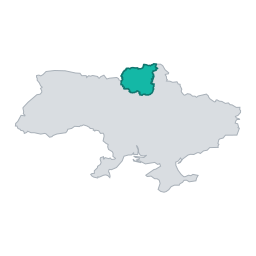 Ukraine, with Chernihiv highlighted
{"feature_id": "UKR-285", "entity_name": "Chernihiv", "entity_type": "Region", "adm_level": 1, "iso_a3": "UKR", "parent_name": "Ukraine", "parent_adm1": "", "projection": "equal_earth", "projection_center": [32.067, 51.356], "detail": "fine", "context": "in_parent", "style": "filled", "palette": "teal", "viewbox_px": 256, "rotation_deg": 0, "n_neighbors": 0, "source": "natural_earth", "source_scale": "10m", "svg_char_len": 7976}
<svg xmlns="http://www.w3.org/2000/svg" viewBox="0 0 256 256"><path d="M178.1,170.3L181.2,174.5L183.8,176.7L185.1,176.7L188.6,175.2L190.9,175.7L192.9,174.4L198.1,175.4L196.6,178.1L195.9,180.8L189.2,181.8L186.7,180.2L184.0,180.3L182.6,182.3L180.0,183.7L179.2,185.2L174.4,185.2L171.2,186.6L168.8,189.7L166.1,191.6L164.0,192.2L160.7,191.4L158.1,189.4L160.1,183.5L159.3,180.3L157.2,178.8L154.6,178.7L151.1,176.1L147.2,176.5L145.8,175.2L154.0,169.5L155.7,169.2L160.6,166.2L159.7,163.7L157.6,164.4L154.7,162.4L145.4,163.9L139.8,161.0L137.2,160.7L136.5,159.9L139.2,159.3L139.4,158.2L135.7,157.5L133.6,156.2L143.9,157.5L146.7,155.2L143.8,156.0L140.9,155.5L139.9,154.7L138.6,152.4L138.5,149.1L137.3,146.3L136.3,145.4L138.2,150.1L137.7,154.6L133.4,154.3L133.8,152.5L131.7,154.9L128.3,155.0L124.0,156.2L122.2,160.9L116.5,167.5L111.4,169.7L109.6,169.4L108.9,169.9L108.5,171.9L109.4,172.9L110.1,176.2L109.8,177.6L108.0,175.7L105.9,174.9L103.6,175.2L99.4,177.1L97.9,176.8L98.0,177.7L97.6,178.0L93.7,177.1L92.0,176.1L90.7,174.4L91.9,173.6L94.4,173.3L94.3,170.8L97.4,167.8L97.6,166.3L100.3,164.5L101.1,162.4L100.1,159.3L100.5,157.7L103.5,156.7L103.6,159.0L104.3,158.8L105.0,157.6L108.9,158.7L110.1,157.9L111.7,159.5L114.8,159.1L115.5,158.3L112.9,156.4L113.1,153.4L112.3,151.7L108.5,149.4L107.7,146.8L108.1,144.4L106.2,143.5L103.1,140.9L104.1,136.2L103.9,134.5L103.1,133.2L100.5,133.4L98.7,130.7L95.7,130.2L94.8,131.1L94.3,130.2L93.3,130.3L93.4,129.1L92.7,128.7L90.1,128.4L89.5,127.4L86.8,125.9L83.4,124.9L81.6,125.9L80.8,125.6L79.4,126.6L74.6,126.3L71.7,128.4L67.7,129.3L67.3,130.8L65.8,132.7L56.9,134.0L53.1,135.5L51.9,136.7L49.6,137.2L45.8,133.7L44.6,133.4L40.7,134.1L34.3,132.7L31.0,132.7L27.7,131.2L26.6,132.5L24.3,133.4L24.1,132.1L23.1,130.8L20.8,130.4L20.1,129.3L18.0,128.5L16.9,126.0L15.4,126.0L15.7,123.4L17.7,121.5L21.1,115.3L24.8,115.9L25.0,115.2L23.3,113.8L23.7,111.8L22.9,107.9L23.7,106.9L28.1,102.2L36.9,94.7L40.1,94.2L41.7,92.3L41.8,90.9L40.5,88.3L42.1,87.4L42.0,86.9L40.7,85.9L39.4,83.0L37.1,80.1L37.3,78.8L36.5,76.9L36.6,75.5L38.9,75.1L40.8,75.9L43.0,74.6L46.1,71.5L54.7,70.5L65.2,70.8L75.5,73.0L80.0,73.3L81.8,75.7L85.5,75.6L86.6,76.1L86.7,77.5L88.7,75.7L90.5,76.2L92.6,75.5L97.7,76.5L98.3,77.8L99.3,78.2L100.8,76.6L103.9,75.2L106.8,79.0L109.4,78.2L116.8,77.5L118.6,78.7L118.9,79.9L121.5,80.8L122.6,79.4L121.4,75.7L122.0,74.3L124.2,71.1L126.9,68.7L134.2,67.8L140.8,68.7L142.8,67.7L143.8,65.3L144.7,64.7L149.2,65.6L153.3,64.2L160.5,64.2L162.7,65.6L165.1,69.8L168.7,72.8L168.4,73.8L165.3,74.4L165.2,74.9L166.3,76.3L166.7,79.3L167.3,79.6L166.5,81.0L169.9,81.2L172.7,82.3L177.0,81.8L178.2,84.0L180.1,84.3L180.1,85.7L181.8,89.2L181.2,91.0L181.5,92.1L183.7,94.8L184.8,95.2L187.4,93.7L190.2,94.2L192.6,96.2L195.0,96.2L196.5,97.3L198.2,96.0L206.4,94.1L208.4,96.0L208.7,97.2L210.0,98.9L214.4,101.9L215.6,101.6L215.9,100.2L216.9,99.8L219.4,101.2L221.8,101.4L225.3,103.4L228.4,102.9L230.1,104.7L232.1,104.9L236.2,107.4L239.9,107.3L239.7,109.6L240.6,110.6L240.5,112.5L237.9,115.5L235.4,116.4L236.3,117.9L239.3,118.9L239.5,119.4L236.9,119.6L235.9,120.7L235.2,123.1L237.7,123.8L238.5,126.8L238.0,127.7L239.4,128.2L236.9,135.1L225.4,135.2L223.2,138.0L219.8,138.9L218.8,139.7L217.9,143.6L218.9,144.3L218.0,146.0L218.2,147.4L209.7,147.6L207.2,150.2L203.5,150.9L200.3,153.5L199.0,152.7L197.3,152.7L193.8,154.5L190.6,154.3L188.1,155.0L182.7,159.0L180.3,162.5L177.8,163.6L181.2,160.7L181.3,159.2L180.5,158.0L178.4,160.9L175.7,162.2L175.9,165.5L178.1,170.3ZM141.2,162.7L133.7,161.0L133.0,159.1L134.7,160.8L141.2,162.7Z" fill="#d9dde1" stroke="#a8b0b8" stroke-width="1"/><path d="M133.0,67.6L135.1,68.0L137.2,67.9L137.6,67.9L137.9,68.1L138.0,68.4L138.0,68.7L138.0,68.9L138.3,69.0L138.5,69.0L139.1,68.7L139.6,68.7L140.3,68.8L140.5,68.8L142.2,68.2L142.7,67.9L143.1,67.3L143.2,66.4L143.3,66.1L143.8,65.8L143.8,65.7L143.5,65.2L143.7,64.5L144.1,64.4L145.2,64.7L145.8,64.6L148.2,65.6L148.6,65.6L149.3,65.4L149.6,65.4L149.8,65.5L150.2,65.7L150.4,65.8L150.6,65.7L151.9,64.8L152.1,64.7L152.4,64.8L152.5,64.8L152.6,64.7L153.1,64.4L153.5,63.9L153.9,63.8L155.1,64.0L155.9,64.0L156.1,64.0L156.4,64.2L156.3,64.5L156.2,64.9L156.0,65.1L155.9,65.6L155.8,65.8L155.5,66.1L155.4,66.2L155.5,67.1L156.1,67.3L156.4,67.5L156.7,67.8L156.8,67.9L157.0,68.1L157.4,68.2L157.5,68.3L157.4,68.4L157.4,68.6L157.0,68.8L156.7,68.8L156.4,68.8L156.3,68.6L156.2,68.6L156.1,69.3L156.0,69.5L155.9,69.6L156.1,69.9L156.2,70.1L156.0,70.3L155.3,70.5L155.1,70.5L154.9,70.6L154.3,70.9L153.8,70.9L153.5,70.9L153.6,71.1L153.3,71.3L153.0,71.8L152.8,71.9L152.7,72.0L152.4,72.3L152.3,72.6L152.4,73.0L152.6,73.4L152.7,73.6L152.8,73.7L153.5,74.2L153.4,74.4L153.3,74.6L153.2,74.7L153.3,74.9L153.5,75.0L153.6,75.7L153.6,75.8L153.8,75.9L153.8,76.0L153.5,76.1L153.4,76.3L153.5,76.5L153.8,76.8L153.6,77.2L153.1,77.0L153.2,77.4L153.2,77.5L152.9,77.7L152.9,77.9L153.0,78.1L153.2,78.4L153.1,78.6L153.1,79.0L152.9,79.2L152.6,79.2L152.4,79.2L152.2,79.1L152.0,78.8L151.9,78.8L151.6,79.0L151.9,79.6L152.2,79.6L152.3,79.7L152.3,79.9L152.2,80.2L152.3,80.2L152.5,80.5L152.4,80.7L152.4,80.8L152.5,80.9L152.5,81.1L152.4,81.2L152.0,81.3L152.0,81.5L152.0,81.9L151.9,81.9L151.2,82.1L151.2,82.3L151.2,82.5L151.3,82.8L151.2,82.9L150.9,83.3L151.0,83.5L151.4,83.6L151.9,83.8L152.0,83.8L152.4,83.7L152.4,83.8L152.2,84.1L152.3,84.3L152.7,84.4L153.3,84.5L153.5,84.5L153.7,84.0L153.8,84.0L154.1,84.1L153.9,84.6L153.6,85.0L153.9,85.4L153.9,85.5L153.9,86.2L153.9,86.4L153.8,86.6L153.6,86.7L153.5,86.8L153.2,87.7L153.2,87.8L153.2,88.1L153.2,88.4L153.4,88.6L153.7,88.8L153.7,89.1L153.4,89.3L153.3,89.5L153.3,89.9L153.2,90.0L152.9,90.2L153.0,90.6L153.0,90.8L152.9,91.2L152.4,92.2L152.0,92.9L151.8,93.1L151.4,93.2L151.2,93.4L151.1,93.6L150.8,93.7L150.5,93.9L150.4,94.0L150.3,94.3L150.1,94.4L149.4,94.5L148.3,95.0L147.9,95.0L147.8,94.9L147.7,94.8L147.1,94.9L145.8,94.9L145.5,94.8L145.4,94.7L145.3,94.3L145.2,94.2L144.8,94.2L144.4,94.4L144.1,94.2L143.7,94.2L142.9,94.5L142.7,94.6L142.5,95.0L142.3,95.1L142.1,95.2L141.8,95.1L141.1,95.1L140.3,94.7L140.2,94.7L140.4,94.4L140.4,94.2L139.9,94.1L139.6,94.0L139.5,93.9L139.4,93.5L139.4,93.4L139.1,93.2L139.3,92.7L139.6,92.8L139.7,92.7L139.8,92.6L139.8,92.4L139.7,92.1L139.1,92.0L138.9,92.0L138.7,91.8L138.2,91.3L137.6,90.9L137.2,90.8L136.9,90.9L136.8,91.0L136.7,91.4L136.7,91.6L136.2,91.9L135.6,91.9L135.4,92.0L135.1,92.2L134.8,92.3L134.7,92.4L134.6,92.5L134.3,92.5L134.1,92.6L133.9,92.6L133.1,92.5L132.7,92.8L131.7,92.6L131.3,92.5L131.0,92.6L130.8,92.5L130.4,92.4L130.2,92.2L130.2,91.8L129.7,91.8L129.3,91.5L129.2,91.4L129.3,91.1L129.5,91.1L129.7,90.8L129.7,90.6L129.6,90.3L129.5,90.1L129.0,89.6L129.0,89.4L128.9,89.3L128.5,89.3L128.4,89.3L128.4,89.2L128.4,88.9L128.2,88.6L127.7,88.7L126.6,88.7L126.4,88.7L126.3,88.9L126.2,88.9L125.4,88.8L125.2,89.0L124.9,89.0L124.7,88.8L124.5,88.7L124.4,88.7L124.0,88.8L123.9,88.8L123.8,88.7L124.0,88.3L124.2,87.9L124.3,87.4L124.2,87.2L123.8,87.0L123.0,86.7L122.8,86.6L122.7,86.5L122.7,86.3L122.8,86.0L122.9,85.6L122.8,85.3L122.7,85.2L122.4,84.9L121.9,84.8L121.6,84.7L121.3,84.8L121.2,84.8L121.0,84.7L121.0,84.2L121.0,83.3L121.3,82.3L121.3,82.1L121.3,81.9L121.1,81.6L121.1,81.4L121.5,81.4L121.6,81.2L121.6,80.8L121.9,80.4L121.9,80.2L122.3,80.0L122.6,79.7L122.6,79.3L122.7,79.2L122.5,78.5L122.4,78.4L122.0,78.3L122.0,78.1L122.0,77.9L122.3,77.8L122.4,77.7L122.2,77.6L122.0,77.3L122.1,77.1L121.7,76.8L121.9,76.7L122.0,76.5L121.8,76.4L121.4,76.3L121.3,76.2L121.5,76.0L121.5,75.9L121.2,75.7L121.5,75.3L121.6,75.1L121.9,74.8L121.8,74.6L121.9,74.3L121.9,74.1L122.0,74.0L122.4,74.0L122.5,74.0L122.6,73.8L122.7,73.5L122.8,73.4L122.8,73.2L122.7,73.2L122.9,72.9L123.1,72.7L123.1,72.4L123.0,72.2L123.5,71.7L123.9,71.4L123.9,71.1L124.0,71.0L124.4,71.0L124.6,71.0L124.8,70.7L124.7,70.4L125.1,70.3L125.4,70.1L125.7,69.9L125.7,69.6L125.9,69.5L126.0,69.5L126.4,69.6L126.5,69.4L126.4,69.1L126.1,69.1L126.2,68.8L126.2,68.5L126.4,68.4L126.7,68.3L128.3,68.2L128.8,68.3L129.1,68.4L129.7,68.8L129.9,68.9L130.2,68.8L130.4,68.5L130.6,68.2L130.9,68.0L131.8,67.7L133.0,67.6Z" fill="#14b8a6" stroke="#0f766e" stroke-width="1.5"/></svg>